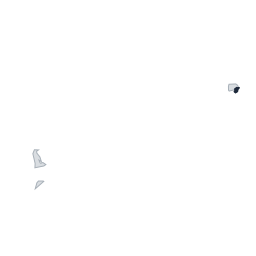 Hahake, Vava'u, Tonga (highlighted), rotated 47°
{"feature_id": "48082658B99932543232342", "entity_name": "Hahake", "entity_type": "district", "adm_level": 2, "iso_a3": "TON", "parent_name": "Tonga", "parent_adm1": "Vava'u", "projection": "robinson", "projection_center": [-173.925, -18.614], "detail": "fine", "context": "in_parent", "style": "filled", "palette": "slate", "viewbox_px": 256, "rotation_deg": 47, "n_neighbors": 0, "source": "geoboundaries", "source_scale": "gbopen_adm2", "svg_char_len": 1990}
<svg xmlns="http://www.w3.org/2000/svg" viewBox="0 0 256 256"><g transform="rotate(47 128 128)"><path d="M93.2,216.0L94.2,216.0L95.2,213.8L98.7,213.0L98.4,215.4L93.6,223.2L90.6,220.1L81.9,215.1L80.1,211.3L83.0,208.4L82.7,210.7L84.2,211.8L89.1,212.2L93.5,214.3L90.8,215.0L93.2,216.0ZM172.5,24.3L170.0,28.8L168.9,28.7L166.0,26.1L164.9,24.3L169.3,19.1L171.6,18.7L174.6,20.4L174.5,21.9L172.5,24.3ZM109.6,226.0L109.2,237.3L106.0,232.1L105.7,229.7L108.9,226.2L109.6,226.0Z" fill="#d9dde1" stroke="#a8b0b8" stroke-width="1"/><path d="M172.2,23.4L172.3,23.2L172.4,23.3L172.5,23.3L172.7,23.5L172.8,23.6L173.0,23.8L173.3,23.9L173.4,24.0L173.5,24.0L173.6,23.9L173.7,23.7L173.7,23.4L173.6,23.2L173.8,23.1L173.7,23.0L173.7,22.9L173.6,22.7L173.7,22.4L173.8,22.4L173.7,22.4L173.5,22.2L173.8,22.0L174.0,22.1L174.0,22.3L174.2,22.5L174.3,22.6L174.4,22.8L174.5,22.9L174.5,23.0L174.5,23.3L174.6,23.5L174.8,23.6L174.7,23.7L174.7,23.8L174.8,23.8L174.9,24.0L175.0,24.2L175.1,24.3L175.1,24.2L175.3,24.1L175.4,24.3L175.4,24.2L175.5,24.2L175.6,24.3L175.7,24.2L175.8,24.2L175.8,23.9L175.8,23.7L175.9,23.4L175.8,23.2L175.8,22.9L175.7,22.7L175.5,22.4L175.4,22.4L175.2,22.5L174.8,22.4L174.7,22.3L174.6,22.2L174.5,21.8L174.7,21.7L174.8,21.6L174.8,21.4L174.7,21.2L174.4,21.2L174.2,21.1L174.2,20.9L174.3,20.8L174.4,20.6L174.5,20.5L174.5,20.4L174.5,20.2L174.5,19.9L174.4,19.8L174.4,19.7L174.2,19.7L174.1,19.4L173.8,19.6L173.7,19.9L173.4,20.3L173.2,20.7L173.0,20.8L172.9,20.9L172.7,20.9L172.6,21.0L172.7,21.3L172.6,21.5L172.9,21.8L173.0,21.9L172.9,22.1L172.8,22.3L172.6,22.5L172.4,22.5L172.3,23.0L172.2,23.3L172.2,23.4ZM175.1,24.8L175.1,24.7L174.9,24.6L174.8,24.4L174.7,24.4L174.4,24.5L174.2,24.5L173.9,24.5L173.7,24.5L173.7,24.8L173.8,24.9L173.7,24.9L173.7,25.0L173.8,25.0L174.0,25.2L174.0,25.3L174.3,25.4L174.4,25.2L174.4,24.9L174.5,24.7L174.5,24.8L174.8,24.9L174.7,24.9L174.8,24.8L175.0,24.8L175.1,25.0L175.3,25.1L175.3,24.9L175.2,24.8L175.2,24.7L175.1,24.8Z" fill="#64748b" stroke="#1e293b" stroke-width="1.5"/></g></svg>